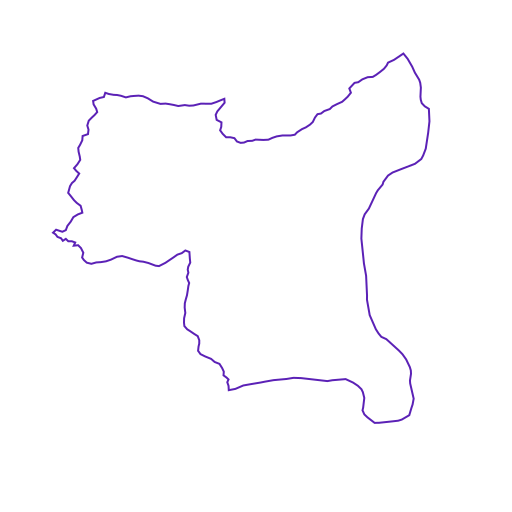 Paulo de Faria, São Paulo, Brazil (Natural Earth projection), rotated 80°
{"feature_id": "56859067B47461388834075", "entity_name": "Paulo de Faria", "entity_type": "district", "adm_level": 2, "iso_a3": "BRA", "parent_name": "Brazil", "parent_adm1": "São Paulo", "projection": "natural_earth1", "projection_center": [-49.477, -20.074], "detail": "fine", "context": "isolated", "style": "outline", "palette": "violet", "viewbox_px": 512, "rotation_deg": 80, "n_neighbors": 0, "source": "geoboundaries", "source_scale": "gbopen_adm2", "svg_char_len": 3394}
<svg xmlns="http://www.w3.org/2000/svg" viewBox="0 0 512 512"><g transform="rotate(80 256 256)"><path d="M439.4,132.7L432.6,129.3L429.5,127.6L423.9,125.5L408.3,126.3L405.4,126.0L398.9,123.8L395.6,123.4L392.1,123.8L383.9,126.1L378.2,128.8L373.9,131.7L360.5,142.1L357.4,146.6L353.5,148.8L348.9,150.7L334.0,154.3L318.3,154.3L314.1,153.5L294.6,151.0L282.1,151.0L278.1,150.7L257.1,149.2L247.3,147.1L238.2,144.3L233.8,141.7L228.9,136.6L214.8,126.7L212.4,124.6L207.6,118.9L205.0,117.6L199.7,112.0L197.5,107.0L195.8,98.7L192.8,83.4L189.2,76.4L186.0,73.9L179.8,70.2L164.7,65.1L153.5,61.8L141.1,60.2L137.9,63.8L134.3,66.2L130.8,66.6L127.7,66.4L118.8,64.4L114.0,64.2L110.7,64.7L103.0,67.7L96.7,69.3L88.2,72.4L82.2,75.7L86.8,86.0L88.5,92.4L91.0,94.2L93.8,97.4L96.4,102.1L98.5,106.3L99.9,109.9L99.3,115.0L100.5,120.6L102.6,125.1L102.6,128.9L105.1,132.2L107.2,135.0L111.7,134.2L115.1,138.1L117.2,141.3L119.1,144.4L120.5,149.9L122.0,154.8L124.1,157.8L125.1,163.6L127.0,167.3L127.0,170.8L129.9,173.9L133.9,176.8L136.0,180.0L138.0,184.6L139.0,188.6L141.3,194.0L143.3,196.7L143.3,200.9L141.9,208.9L141.8,214.8L142.5,219.4L143.6,223.6L143.0,228.5L141.3,236.2L141.9,239.7L141.3,244.4L142.2,248.1L141.9,251.5L139.9,254.9L136.2,256.8L134.6,260.7L133.9,264.8L129.9,267.6L126.0,269.5L122.8,267.8L118.4,266.8L115.1,271.1L110.0,271.2L106.9,269.0L99.6,260.3L95.7,259.9L96.6,264.3L97.5,268.3L98.3,273.6L96.4,283.9L96.9,291.5L96.4,295.7L95.0,299.9L94.8,306.5L93.0,310.7L91.5,314.7L90.2,318.6L89.6,323.7L86.1,330.5L81.9,335.2L79.0,339.6L77.7,343.8L77.2,348.3L76.9,351.8L77.2,356.6L74.7,361.3L73.3,364.9L72.6,368.1L70.9,372.8L69.1,376.1L73.0,378.2L73.2,382.5L74.1,386.0L75.0,389.5L78.5,389.6L83.2,387.8L86.7,387.4L89.2,390.6L91.2,393.7L93.7,397.2L98.2,399.5L102.5,399.0L106.8,400.3L107.7,405.9L111.9,407.0L115.9,409.9L118.7,412.3L122.5,412.6L127.5,412.3L130.8,412.4L134.7,416.0L137.9,420.0L141.0,418.2L144.1,415.8L147.5,418.9L150.4,421.6L152.2,424.6L154.9,427.0L161.2,430.0L164.8,428.0L169.5,425.5L172.6,423.3L176.1,420.0L180.3,419.6L183.2,419.5L184.1,424.2L186.0,429.1L190.1,432.6L193.6,436.5L197.5,438.8L198.5,442.5L195.4,448.3L197.8,451.8L199.9,449.6L202.7,448.2L204.7,444.9L207.5,443.6L206.1,440.3L208.9,438.3L209.5,434.8L211.3,431.7L214.2,433.7L214.5,429.3L217.8,427.0L222.8,425.5L227.3,427.5L230.1,426.2L233.2,423.8L235.1,419.5L234.6,414.4L235.1,409.9L235.2,404.7L234.4,399.5L232.6,393.0L232.8,387.8L235.4,382.5L237.7,378.3L239.7,374.5L241.0,371.6L242.0,368.1L244.2,363.2L248.1,356.6L249.1,353.3L247.0,346.4L243.0,337.4L241.0,333.2L240.3,328.6L238.3,324.6L240.5,320.9L247.1,321.6L251.1,321.9L254.8,324.6L257.6,325.6L260.7,325.5L264.7,327.8L267.9,327.3L271.0,326.5L273.8,327.8L278.1,329.2L282.7,330.8L286.8,332.8L290.2,334.3L294.4,335.2L299.8,335.5L304.8,337.6L309.2,338.5L312.6,338.7L316.2,336.5L318.5,334.0L321.9,330.5L324.8,327.3L329.1,326.5L332.4,327.1L335.2,328.3L339.3,329.5L343.0,327.7L346.1,323.5L349.5,318.1L353.2,315.1L355.9,310.7L360.5,308.8L364.3,307.8L367.9,308.7L370.5,306.2L372.8,304.5L375.3,306.2L379.1,305.6L383.4,306.1L383.3,299.4L381.3,291.0L381.3,283.0L381.4,273.3L381.3,269.0L381.3,260.3L382.4,247.3L382.5,240.2L384.1,232.7L391.6,207.4L391.6,202.4L392.8,189.1L397.5,182.4L401.5,178.2L405.5,175.3L408.7,174.4L414.6,174.0L423.9,176.8L426.5,177.9L430.8,176.8L434.2,174.3L440.9,168.2L441.6,164.1L442.4,152.5L442.9,144.6L442.4,140.8L439.4,132.7Z" fill="none" stroke="#5b21b6" stroke-width="2"/></g></svg>